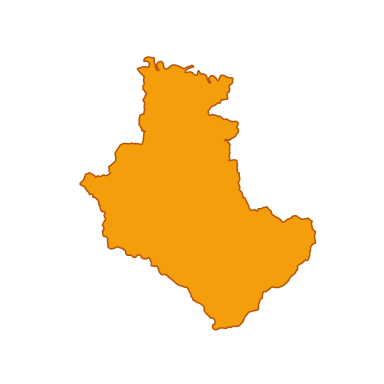 outline of Bolívar, Valle del Cauca, Colombia, rotated 249°
{"feature_id": "7082276B19709317443254", "entity_name": "Bolívar", "entity_type": "district", "adm_level": 2, "iso_a3": "COL", "parent_name": "Colombia", "parent_adm1": "Valle del Cauca", "projection": "robinson", "projection_center": [-76.334, 4.364], "detail": "fine", "context": "isolated", "style": "filled", "palette": "amber", "viewbox_px": 384, "rotation_deg": 249, "n_neighbors": 0, "source": "geoboundaries", "source_scale": "gbopen_adm2", "svg_char_len": 6034}
<svg xmlns="http://www.w3.org/2000/svg" viewBox="0 0 384 384"><g transform="rotate(249 192 192)"><path d="M246.7,103.1L246.6,101.8L246.7,99.0L243.4,96.3L242.0,94.8L240.3,90.8L239.3,90.3L238.7,90.5L235.2,93.7L234.2,93.5L233.3,94.0L231.0,94.3L228.2,95.6L226.5,95.4L226.1,95.9L226.3,96.6L225.5,98.1L224.3,98.4L222.7,97.6L222.2,98.7L220.6,100.1L219.0,100.6L218.2,101.5L216.7,101.2L215.3,101.6L215.0,100.9L214.0,100.6L213.5,100.9L212.7,100.6L211.7,101.3L210.0,100.5L207.2,100.4L206.7,100.9L206.0,101.0L204.6,103.4L204.2,103.7L203.2,103.3L202.2,101.9L201.5,101.5L199.5,101.4L198.6,101.9L198.1,101.7L196.7,100.9L196.2,99.7L195.5,99.5L195.2,98.5L193.0,96.4L191.1,97.0L189.7,96.7L189.2,96.2L188.6,96.4L188.3,95.5L187.4,95.0L187.3,94.3L186.6,94.5L185.6,93.9L182.6,93.5L181.5,95.2L179.9,96.5L179.1,96.7L178.2,96.5L177.2,95.7L175.5,95.5L174.3,94.8L172.5,94.8L171.4,94.0L170.2,94.0L168.6,95.2L167.6,96.5L167.4,99.4L167.6,102.9L165.2,105.4L164.2,107.1L162.9,107.4L161.3,108.8L157.7,108.2L156.9,108.4L156.0,109.3L154.9,112.2L151.6,114.6L151.4,116.5L152.3,117.7L152.7,119.0L151.3,121.3L148.8,121.3L147.4,122.5L146.0,125.1L145.9,125.8L146.5,127.6L146.0,128.3L140.7,128.9L137.8,127.6L137.0,129.2L136.1,130.2L135.6,132.4L135.1,132.8L133.2,133.1L128.7,132.9L125.8,133.9L125.3,135.0L125.2,136.7L123.8,138.2L123.6,138.7L122.6,139.3L120.6,139.6L119.7,141.0L117.8,141.3L116.6,142.4L112.7,144.3L110.3,145.9L108.9,147.2L107.5,149.4L106.4,150.2L104.9,152.6L103.5,153.8L101.5,153.7L97.0,154.4L94.3,153.7L93.5,154.4L92.5,154.8L91.2,154.3L90.2,154.4L89.5,155.9L87.3,156.7L86.4,158.2L83.9,160.4L81.2,162.0L79.8,162.0L77.3,160.9L73.9,161.5L69.7,163.6L67.8,164.0L66.9,166.4L66.0,166.6L65.1,167.2L63.1,167.2L61.2,166.7L60.7,165.9L60.4,163.7L58.3,162.7L56.6,162.9L55.9,163.4L54.6,165.2L54.9,169.5L54.7,170.6L52.6,174.6L52.5,176.1L52.9,177.3L52.4,178.6L51.6,179.7L52.0,181.6L50.1,186.8L50.4,188.6L53.0,193.5L56.4,196.7L59.3,201.7L59.5,203.2L59.1,204.3L59.2,207.0L58.8,208.0L58.5,210.1L58.6,212.1L59.5,212.2L63.2,214.0L66.9,216.9L67.8,219.5L71.7,221.5L72.9,222.4L73.1,223.6L72.5,225.5L72.6,226.4L73.4,228.0L73.7,230.0L74.5,231.7L74.5,233.3L73.0,235.4L71.8,238.7L71.9,243.8L74.1,249.5L77.4,253.7L79.4,259.5L79.9,260.1L80.9,260.6L81.4,262.3L83.7,263.7L84.8,263.8L85.6,264.6L86.2,269.3L87.9,273.4L86.8,274.8L86.8,275.3L87.6,276.7L90.8,279.3L92.2,279.6L95.2,281.8L98.0,282.9L100.0,285.8L100.2,289.1L106.4,290.3L110.8,293.0L112.9,291.7L114.7,291.3L119.6,292.2L120.8,292.8L121.6,293.7L123.4,292.3L125.4,291.3L126.1,290.4L126.2,288.5L127.3,284.5L129.4,282.7L132.3,280.9L133.2,279.2L133.2,277.2L132.2,274.9L132.2,270.7L131.0,267.5L131.2,266.1L131.8,265.6L134.1,264.9L136.5,263.5L139.4,260.7L141.8,259.1L143.3,258.6L145.6,259.1L148.6,257.3L151.2,256.9L151.9,253.1L151.6,250.4L152.5,248.1L150.8,246.0L153.0,244.4L153.0,242.7L153.8,240.5L154.8,239.9L156.7,239.5L159.0,240.0L164.6,239.4L166.9,239.4L167.8,239.0L169.0,237.5L169.4,237.9L173.9,238.4L177.3,237.0L179.2,238.4L183.9,238.5L184.5,238.8L186.0,240.7L187.3,241.4L189.5,241.7L192.7,242.8L194.0,241.6L195.3,241.5L196.9,242.6L198.6,242.6L199.9,243.7L204.5,244.9L205.6,244.9L206.8,243.2L208.0,238.1L208.9,238.8L213.6,240.2L215.1,241.6L215.8,241.4L221.8,243.7L222.4,244.6L223.4,244.2L224.5,244.3L224.9,243.5L225.4,243.2L226.7,243.6L227.4,242.6L227.8,242.6L228.2,241.2L228.9,241.8L229.1,242.5L228.3,243.1L227.0,245.4L227.4,245.5L227.6,246.7L227.4,246.8L227.7,247.2L227.5,247.6L228.1,248.9L227.7,250.1L228.3,251.5L228.2,252.0L230.3,254.6L230.5,255.9L231.6,257.0L233.7,257.7L236.4,256.7L237.1,257.9L239.8,259.9L241.8,259.1L242.5,257.8L242.7,256.2L243.8,254.3L243.9,253.6L247.7,250.4L248.2,248.0L250.7,246.3L252.7,245.4L253.1,243.4L254.5,242.5L256.7,239.3L257.2,238.2L256.9,236.8L257.3,235.6L261.0,235.7L262.1,236.5L263.4,238.7L264.7,240.3L264.7,242.7L265.0,245.5L265.8,248.1L265.1,249.3L265.1,250.1L267.7,252.8L267.7,253.2L266.8,253.9L266.8,255.3L266.1,257.8L266.3,258.8L271.0,259.9L271.7,260.8L272.5,262.8L273.7,263.4L274.4,264.1L276.3,264.1L277.8,264.6L279.3,268.9L283.8,270.8L285.5,267.4L287.2,265.4L289.5,263.4L290.5,261.3L290.1,260.0L289.0,258.7L287.1,257.3L286.6,256.3L287.5,255.6L290.2,255.0L292.2,254.0L293.2,252.9L293.6,251.7L293.5,250.5L292.3,248.5L291.4,248.0L290.3,248.0L287.8,248.8L287.3,248.2L287.5,247.4L288.5,246.9L292.0,246.7L294.3,247.1L296.1,246.8L297.6,245.8L298.4,243.9L299.3,242.7L300.4,242.1L302.4,242.0L302.7,241.4L302.2,240.5L300.0,239.4L299.6,238.5L299.8,237.3L300.7,236.2L303.1,235.2L304.2,234.2L304.9,233.0L305.4,230.2L305.7,229.0L306.1,228.6L307.3,229.3L308.3,231.7L308.6,234.3L308.2,238.2L308.9,238.3L309.9,237.7L310.4,236.8L310.1,235.6L310.5,232.1L309.9,229.3L310.1,228.5L315.4,223.5L317.4,220.0L317.4,217.6L316.0,213.7L316.1,212.1L316.4,211.5L317.6,210.6L318.6,210.3L321.6,211.2L323.6,211.0L325.0,209.8L325.4,208.7L324.9,206.0L323.4,204.5L321.6,203.9L317.8,204.9L317.4,204.5L317.4,203.8L318.9,202.8L321.0,202.6L324.7,203.2L326.8,203.1L330.2,204.8L330.7,204.7L333.8,199.4L333.9,198.1L333.7,195.9L332.7,194.5L331.3,194.1L330.0,197.0L328.7,198.0L327.8,198.3L326.4,198.2L324.6,196.6L324.0,195.4L325.6,193.5L326.5,190.6L326.6,185.3L323.9,185.8L320.7,186.9L316.9,188.7L313.5,186.6L312.9,186.9L311.7,186.3L310.9,186.6L310.1,186.4L309.3,185.2L308.0,184.0L306.4,183.7L305.4,183.0L304.2,184.0L302.7,183.8L300.2,185.0L298.9,183.0L297.2,181.9L296.3,180.1L295.2,179.3L294.8,179.1L293.5,179.8L291.9,179.5L287.8,177.5L285.8,177.3L283.5,175.7L282.8,175.5L282.0,174.8L282.4,173.6L282.5,172.0L282.1,170.8L281.5,170.2L278.9,169.0L278.4,168.4L277.6,168.3L273.8,166.7L271.8,167.5L270.4,167.3L268.4,167.4L268.2,167.9L267.4,168.2L267.4,167.3L267.1,167.3L265.4,169.7L265.1,168.7L257.6,165.0L254.5,162.5L254.9,161.3L257.6,156.8L257.4,155.3L258.3,154.7L259.1,153.6L259.6,150.2L261.4,146.8L261.8,144.5L261.5,141.6L260.5,140.5L256.3,134.5L254.8,133.7L251.0,133.1L248.2,131.6L246.0,125.9L245.9,124.6L245.1,123.3L243.1,123.0L241.9,122.2L239.0,122.4L238.4,121.6L238.0,118.7L238.2,117.2L239.6,116.0L239.3,111.9L240.8,109.9L240.7,108.9L240.1,107.5L242.2,106.9L246.7,103.1Z" fill="#f59e0b" stroke="#b45309" stroke-width="1.5"/></g></svg>